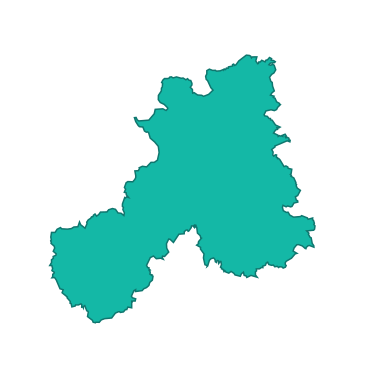 the district of Atenguillo, Jalisco, Mexico, rotated 11°
{"feature_id": "50627088B60937444103657", "entity_name": "Atenguillo", "entity_type": "district", "adm_level": 2, "iso_a3": "MEX", "parent_name": "Mexico", "parent_adm1": "Jalisco", "projection": "albers", "projection_center": [-104.544, 20.339], "detail": "fine", "context": "isolated", "style": "filled", "palette": "teal", "viewbox_px": 384, "rotation_deg": 11, "n_neighbors": 0, "source": "geoboundaries", "source_scale": "gbopen_adm2", "svg_char_len": 6013}
<svg xmlns="http://www.w3.org/2000/svg" viewBox="0 0 384 384"><g transform="rotate(11 192 192)"><path d="M315.4,194.5L311.2,196.6L310.2,195.4L304.1,194.3L303.2,195.4L296.5,197.3L292.4,196.0L290.2,193.5L288.4,194.0L285.2,192.9L283.7,189.9L283.9,187.7L287.2,188.6L288.6,187.4L291.6,187.8L292.9,187.1L294.2,183.4L297.8,181.7L297.4,180.5L295.8,179.9L294.4,176.9L296.4,175.4L298.1,169.7L294.6,168.1L293.1,166.1L293.2,164.7L292.2,164.0L292.2,162.9L289.3,158.8L286.1,157.6L286.4,156.6L285.2,156.0L285.8,154.8L285.6,150.6L281.9,150.4L281.2,149.1L279.2,148.5L277.5,149.5L272.1,143.5L270.5,142.5L269.6,142.9L269.2,142.0L268.2,141.8L267.9,139.5L266.7,139.6L265.4,141.2L264.2,140.2L264.0,137.3L262.1,135.1L264.9,131.9L264.6,131.0L275.6,123.6L278.5,124.1L278.5,122.5L277.3,122.3L276.9,120.8L276.3,120.5L275.1,120.2L273.7,120.9L273.0,120.0L273.9,119.1L272.4,117.5L270.4,118.7L270.5,120.1L269.3,119.5L268.7,120.2L267.0,120.0L266.0,121.0L265.5,119.8L260.8,118.6L262.2,115.1L264.0,114.2L263.1,112.7L264.8,112.7L266.1,111.5L261.2,110.3L257.0,106.2L255.4,106.2L255.0,104.9L253.4,105.1L251.6,103.4L248.9,103.4L248.0,102.4L249.1,98.3L253.9,96.2L257.3,96.4L259.3,94.9L259.9,92.6L262.0,89.5L261.3,89.4L261.1,88.4L257.8,87.3L255.6,84.1L253.8,83.7L254.3,82.3L250.5,81.9L251.6,79.4L253.5,77.1L250.9,72.7L249.8,69.1L248.3,68.4L246.2,64.5L247.8,61.3L249.7,59.5L250.9,56.1L248.5,51.9L246.9,51.3L245.0,52.6L243.2,52.4L244.2,50.6L248.4,49.2L248.9,48.2L247.0,47.4L244.6,47.6L244.7,45.9L242.4,45.2L240.9,47.8L239.4,48.5L238.9,50.3L235.3,49.4L234.2,51.3L232.8,51.6L232.6,53.2L232.0,53.6L229.6,51.2L229.9,47.0L225.4,47.9L224.8,49.0L223.7,47.5L222.3,47.0L219.2,47.3L212.9,54.4L210.9,58.7L209.7,59.6L208.5,58.5L207.5,59.2L207.8,60.6L203.9,62.2L203.9,63.6L202.1,63.8L201.6,65.4L200.2,65.1L199.9,66.1L199.6,65.7L196.5,67.7L192.8,68.7L191.9,68.1L189.0,68.7L185.6,68.1L183.4,70.0L184.0,73.3L183.3,75.8L184.5,78.8L186.0,79.6L190.6,86.0L193.2,88.0L189.7,93.0L185.1,95.9L183.1,95.2L179.0,95.7L175.2,94.1L173.8,94.8L172.8,91.2L170.3,89.5L171.5,87.0L171.2,85.3L169.5,82.8L167.8,82.9L166.0,81.6L164.6,83.0L161.5,81.8L159.8,82.4L154.8,82.0L151.7,83.6L149.7,82.9L148.2,83.5L147.8,84.6L146.4,85.3L143.3,85.9L142.0,87.8L141.3,90.3L142.4,90.9L142.8,94.7L142.2,95.9L142.6,98.7L140.6,103.6L141.3,107.8L143.8,110.2L148.0,111.3L152.0,114.0L152.3,114.9L151.0,116.9L147.5,115.9L140.1,117.9L140.0,122.4L135.9,129.7L126.2,132.4L124.5,131.7L122.9,129.5L121.3,130.0L123.3,133.6L126.5,137.0L127.9,137.9L131.4,137.6L133.7,141.2L135.7,142.0L137.0,141.5L138.2,142.2L140.7,147.1L145.8,150.0L150.2,153.6L152.2,159.6L152.0,167.3L149.3,170.1L146.1,170.7L142.7,176.0L138.4,176.2L135.5,178.3L136.0,179.1L135.2,181.3L131.9,182.2L133.7,186.8L134.0,188.7L133.4,190.7L131.9,193.3L127.1,194.0L125.6,195.4L124.8,200.5L126.3,201.8L125.6,205.2L127.6,205.4L128.0,207.2L130.8,209.5L128.7,209.3L127.7,210.7L127.0,210.3L126.0,217.0L126.4,219.4L127.6,220.2L127.5,222.4L129.6,225.3L129.6,228.1L126.5,226.4L123.4,226.7L120.2,223.6L117.1,223.4L113.6,225.3L112.3,227.8L106.0,229.2L104.7,232.0L102.9,233.9L101.0,232.1L99.7,233.5L99.4,235.1L98.1,235.6L97.5,237.2L95.5,239.1L94.4,241.7L95.0,243.1L93.9,247.9L89.0,245.4L87.3,242.9L86.6,247.9L82.7,248.9L80.6,250.9L76.9,252.2L71.1,253.0L69.7,252.0L66.7,254.3L65.3,257.8L61.8,258.5L62.0,263.2L63.0,265.8L62.6,266.9L63.5,268.2L63.4,269.3L67.1,271.5L67.9,273.3L67.1,276.7L70.5,278.6L70.4,280.1L68.0,281.8L68.5,283.6L67.0,285.4L67.6,288.0L66.4,291.3L68.4,290.9L69.8,293.7L69.5,295.9L72.1,297.1L72.0,298.4L71.0,299.3L71.4,301.8L70.9,302.9L73.4,302.2L75.5,304.2L80.9,312.2L84.2,312.5L83.7,315.7L89.7,318.9L89.6,319.7L93.4,322.7L93.5,324.4L94.6,324.6L96.0,327.7L99.1,326.2L99.3,325.1L102.1,324.5L104.3,323.0L105.3,323.6L105.7,326.1L106.7,325.7L107.5,326.6L107.3,325.1L108.4,324.0L111.4,328.7L112.7,329.0L113.1,329.8L113.2,334.2L118.8,337.0L119.8,338.7L122.2,338.8L122.5,338.2L125.8,337.6L127.3,334.9L130.4,333.0L137.2,331.0L139.9,325.5L142.6,323.6L143.8,323.3L144.6,323.9L147.6,322.8L149.1,320.1L150.4,319.9L151.0,317.2L154.9,317.2L153.8,311.5L154.1,311.8L154.8,310.2L157.0,309.9L157.1,307.6L153.7,307.2L152.4,305.9L153.8,299.9L155.3,298.6L155.5,300.5L161.9,298.3L163.1,296.2L165.6,294.5L167.5,292.0L167.8,288.8L169.9,286.1L169.8,282.1L168.2,281.5L168.5,281.0L166.3,280.6L166.3,278.6L165.0,277.2L165.8,276.6L164.4,275.8L164.2,274.6L162.8,274.6L161.4,272.6L163.6,264.3L166.4,262.2L169.7,264.3L173.8,263.0L176.6,263.5L175.2,261.8L175.3,260.6L177.4,260.5L180.6,255.4L177.9,252.0L176.8,247.6L178.2,242.2L178.1,243.5L178.3,242.6L179.5,242.6L183.4,245.1L187.2,235.9L192.3,234.5L192.0,232.4L193.5,230.5L194.7,230.2L195.7,231.3L196.3,230.9L198.0,227.2L198.0,225.4L200.0,224.9L200.8,223.9L202.2,223.9L202.4,224.6L201.3,224.7L200.3,225.8L201.3,226.5L201.4,225.5L203.4,225.8L205.2,231.3L208.4,233.3L209.3,235.3L210.1,235.5L208.0,239.2L207.8,240.2L208.4,241.2L206.7,243.3L211.0,244.7L211.2,246.4L215.6,250.5L215.8,254.5L218.6,260.9L221.2,261.4L221.1,262.1L221.5,261.6L222.1,255.8L223.3,253.9L225.8,252.6L227.5,253.9L228.2,256.0L229.5,256.5L229.4,255.1L230.4,254.3L231.1,254.6L231.9,257.0L232.9,254.8L233.6,254.7L234.8,257.7L234.3,260.4L235.5,260.9L235.7,261.8L237.2,262.0L238.6,264.0L239.1,262.9L240.5,264.1L243.6,264.6L245.5,262.5L248.8,263.9L250.0,265.2L255.5,265.5L256.1,262.8L257.8,260.9L259.1,263.9L261.1,264.0L262.1,265.4L265.8,262.6L272.2,263.2L270.1,261.3L269.5,258.2L270.4,257.1L269.8,255.2L273.0,254.5L274.3,253.0L276.0,252.7L275.5,251.4L278.1,249.8L278.4,247.6L279.5,247.0L279.3,245.9L281.2,248.5L284.0,248.8L285.8,248.2L287.5,249.6L289.8,248.7L291.5,249.6L292.1,248.7L294.5,248.4L296.0,249.3L298.0,248.0L298.5,246.3L297.5,245.4L297.0,243.7L297.7,242.0L302.3,238.0L305.1,233.0L306.7,232.2L302.5,230.7L302.9,227.5L304.9,223.8L306.8,223.3L310.6,223.9L314.0,225.9L314.7,225.9L314.7,224.6L316.2,222.6L317.5,222.1L322.2,222.9L321.8,221.5L319.8,219.5L317.7,214.2L316.4,213.8L314.3,211.2L314.6,210.1L312.0,208.3L318.7,206.3L319.4,205.1L319.2,201.8L317.8,200.6L318.1,199.4L316.6,196.6L315.6,196.3L315.4,194.5Z" fill="#14b8a6" stroke="#0f766e" stroke-width="1.5"/></g></svg>